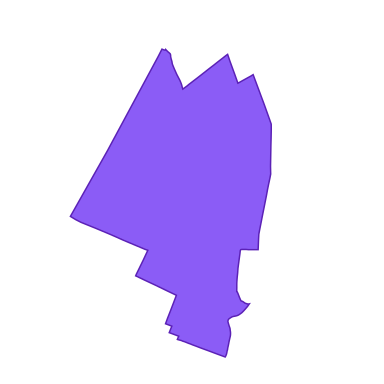 outline of U Minh, Cà Mau, Vietnam, rotated 25°
{"feature_id": "81297802B9286931688743", "entity_name": "U Minh", "entity_type": "district", "adm_level": 2, "iso_a3": "VNM", "parent_name": "Vietnam", "parent_adm1": "Cà Mau", "projection": "albers", "projection_center": [104.985, 9.374], "detail": "fine", "context": "isolated", "style": "filled", "palette": "violet", "viewbox_px": 384, "rotation_deg": 25, "n_neighbors": 0, "source": "geoboundaries", "source_scale": "gbopen_adm2", "svg_char_len": 2589}
<svg xmlns="http://www.w3.org/2000/svg" viewBox="0 0 384 384"><g transform="rotate(25 192 192)"><path d="M104.4,75.2L104.1,83.3L97.9,190.6L92.1,265.5L93.9,265.7L96.6,266.0L98.5,266.2L104.3,266.4L112.0,266.0L117.8,265.7L119.6,265.6L127.3,265.3L135.0,265.0L142.8,264.8L150.4,264.7L158.1,264.4L165.8,264.1L173.5,263.8L176.6,263.5L176.6,269.0L176.6,274.3L176.5,279.7L176.4,285.0L176.3,290.3L176.4,291.5L176.4,291.8L186.2,291.9L197.3,291.9L211.4,292.1L221.5,292.2L222.1,300.4L222.7,308.8L223.2,316.9L223.7,322.6L230.4,322.1L230.8,329.1L234.3,328.8L240.9,328.3L241.0,331.8L241.3,331.8L245.3,331.1L246.7,331.1L248.0,330.9L248.9,330.8L253.0,330.6L254.6,330.4L257.3,330.3L260.7,330.0L266.5,329.6L274.5,328.9L283.5,328.2L291.8,327.5L291.9,326.1L291.8,324.5L291.5,323.0L291.0,321.2L290.9,320.1L290.3,318.2L289.7,315.4L288.9,312.3L288.2,309.1L287.7,306.7L287.4,305.6L286.9,304.3L286.1,302.7L284.9,300.9L284.4,300.0L283.6,299.0L282.1,297.5L280.0,295.1L279.2,294.1L279.0,293.4L278.9,292.9L278.9,292.5L278.9,292.0L279.1,291.4L279.6,290.5L280.2,289.5L281.0,288.3L282.2,287.2L283.5,286.3L284.9,285.2L286.1,283.9L287.1,282.3L288.2,280.3L289.0,278.1L289.7,275.8L290.7,272.2L291.2,269.2L290.8,269.5L290.0,269.9L288.2,270.2L286.9,270.3L285.4,270.0L284.3,269.8L283.6,269.8L282.9,269.9L282.5,269.9L282.3,269.8L282.1,269.7L281.3,269.0L279.5,267.4L276.5,264.5L274.9,263.2L274.6,263.3L272.9,259.5L271.4,256.3L271.0,255.4L269.9,252.6L268.8,249.6L267.6,246.1L265.9,241.7L263.7,234.7L261.5,227.6L260.6,225.0L260.5,224.3L260.5,223.8L260.7,223.5L261.6,222.9L265.3,221.2L267.8,220.3L276.3,216.3L275.1,213.4L272.7,207.7L270.4,202.0L269.3,197.7L267.5,190.4L266.5,186.4L265.1,180.7L263.7,174.9L262.3,169.2L260.9,163.5L259.4,157.8L258.0,152.0L257.7,150.6L256.7,146.3L255.8,142.7L255.7,142.6L255.7,142.4L254.8,140.6L252.3,135.5L249.1,128.3L245.1,119.3L243.8,116.4L241.2,110.4L237.3,101.6L235.4,97.6L235.0,96.9L231.2,93.0L221.7,83.4L219.5,81.2L213.4,75.2L212.3,74.1L197.8,59.8L196.3,62.1L194.3,64.8L192.2,67.7L191.1,69.2L188.3,73.1L187.6,74.0L181.5,67.8L177.8,64.1L176.1,62.4L170.8,57.1L169.3,55.5L166.1,52.2L165.3,53.6L160.4,63.2L158.0,68.0L155.6,72.6L150.8,82.1L148.5,86.6L143.6,96.0L142.8,97.8L142.2,98.9L140.2,102.6L138.8,101.1L138.2,100.3L137.7,99.7L136.7,98.6L134.6,96.6L133.4,95.6L128.7,92.0L127.4,90.9L123.6,87.6L122.2,86.3L120.9,85.1L120.1,84.3L119.1,82.9L118.8,82.4L117.6,81.0L116.7,80.0L115.5,78.4L114.7,76.9L114.2,76.3L113.9,76.0L113.1,75.7L112.5,75.5L111.3,75.2L109.3,74.5L107.8,73.9L107.8,74.0L107.8,74.6L107.7,74.8L107.1,75.0L106.1,75.1L104.4,75.2Z" fill="#8b5cf6" stroke="#5b21b6" stroke-width="1.5"/></g></svg>